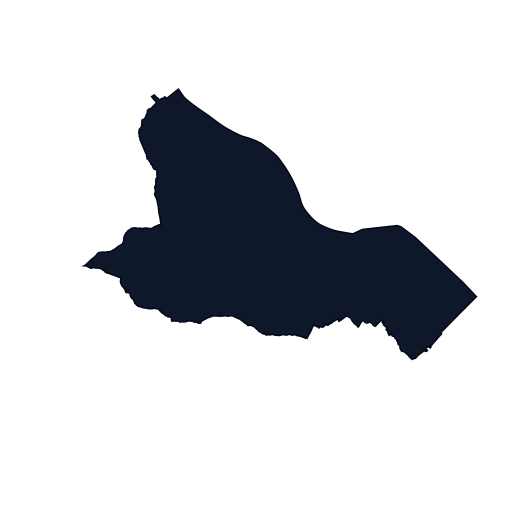 Ionesti, Vâlcea, Romania (Natural Earth projection), rotated 316°
{"feature_id": "2599482B28875111653577", "entity_name": "Ionesti", "entity_type": "district", "adm_level": 2, "iso_a3": "ROU", "parent_name": "Romania", "parent_adm1": "Vâlcea", "projection": "natural_earth1", "projection_center": [24.222, 44.864], "detail": "fine", "context": "isolated", "style": "filled", "palette": "ink", "viewbox_px": 512, "rotation_deg": 316, "n_neighbors": 0, "source": "geoboundaries", "source_scale": "gbopen_adm2", "svg_char_len": 6101}
<svg xmlns="http://www.w3.org/2000/svg" viewBox="0 0 512 512"><g transform="rotate(316 256 256)"><path d="M386.3,438.4L386.5,418.4L383.4,353.3L380.6,335.8L378.7,332.2L351.0,310.8L341.0,307.3L338.0,303.3L332.9,296.3L330.8,293.2L329.3,290.6L327.4,286.8L325.2,281.7L324.0,278.5L323.3,275.6L322.7,271.2L322.5,266.1L322.9,259.7L323.5,255.4L324.3,252.5L325.3,249.7L326.3,247.7L329.1,242.7L330.5,239.5L333.9,230.4L335.6,225.1L337.4,218.0L338.7,212.0L340.2,201.8L340.4,199.7L340.3,197.3L340.1,193.7L339.6,189.4L337.9,178.3L336.1,173.5L334.3,169.4L332.7,166.2L329.6,160.8L328.0,157.4L325.9,151.5L322.9,141.5L321.4,134.4L319.4,122.2L316.6,108.2L315.3,100.4L314.6,94.4L314.6,91.6L316.1,82.0L301.0,80.6L301.1,78.2L297.8,78.0L297.8,77.2L294.9,76.8L295.1,73.8L294.5,73.7L294.8,69.5L291.7,68.8L291.7,70.4L291.4,70.3L291.0,76.7L282.8,76.9L281.0,75.9L280.9,76.7L279.0,75.8L278.4,76.6L277.3,77.4L271.6,79.9L270.0,79.6L269.3,79.1L268.6,79.0L267.5,79.9L267.0,80.1L266.4,81.2L265.2,81.8L264.4,82.8L263.9,83.2L262.9,83.5L261.0,83.8L260.6,83.9L259.8,83.8L259.4,84.4L258.3,85.0L257.1,86.2L256.7,86.9L256.0,88.0L255.0,88.9L255.2,89.7L254.7,89.9L254.1,91.1L253.6,91.5L253.1,92.5L248.4,104.8L248.2,105.0L248.1,106.0L247.9,106.7L247.5,107.3L246.5,108.2L246.6,108.9L246.5,109.1L245.3,110.2L245.7,110.4L245.7,111.0L245.4,111.8L245.4,113.0L245.0,114.4L244.9,115.6L244.2,117.2L244.3,119.0L243.9,120.1L243.3,120.9L243.2,121.3L243.1,123.0L243.9,124.2L244.1,124.7L243.9,125.3L243.4,126.3L242.8,127.1L241.4,128.3L240.3,130.0L239.9,130.4L239.5,130.6L237.2,131.2L236.9,132.0L235.5,132.7L234.9,133.7L233.4,135.0L232.9,135.5L232.3,135.7L231.6,135.7L231.1,136.0L230.7,136.4L229.9,137.8L228.1,140.0L226.4,140.8L225.7,141.4L224.7,144.5L223.8,146.6L221.7,149.9L219.9,152.7L215.8,158.0L213.5,161.8L211.3,164.8L209.4,167.4L208.5,166.6L207.3,165.9L205.3,165.3L204.0,164.6L201.8,164.2L199.2,163.3L198.2,161.6L195.8,158.9L194.8,158.2L193.4,157.4L192.3,155.9L190.0,153.7L188.4,151.5L185.7,149.6L183.6,149.4L181.8,148.9L178.2,149.2L176.3,149.8L174.0,150.8L170.9,153.5L169.0,154.2L168.1,154.4L167.1,154.3L163.3,153.3L160.4,153.1L158.8,152.9L157.4,152.4L155.7,152.1L153.7,151.3L152.2,149.9L150.5,148.8L148.9,147.1L146.5,145.1L146.0,145.0L145.0,144.2L144.1,144.1L141.3,144.5L139.1,144.5L135.3,144.1L126.8,144.0L125.5,143.6L126.5,144.7L127.2,145.8L128.3,148.9L128.6,149.9L129.1,150.4L130.1,150.9L131.1,151.6L132.8,153.8L133.8,154.7L134.9,156.1L135.8,157.7L136.0,159.4L136.4,160.5L136.5,161.2L136.4,162.6L136.7,163.7L137.5,165.6L138.5,166.8L138.7,167.8L139.1,168.6L141.6,173.6L142.6,176.0L143.2,176.8L143.9,177.4L141.9,179.3L140.9,180.0L140.1,181.1L139.2,183.3L138.8,184.8L138.7,185.5L139.0,186.3L138.5,187.9L138.4,189.0L137.2,191.7L137.2,191.9L137.4,192.4L138.9,193.5L139.0,195.2L139.2,195.7L139.1,195.9L138.0,197.4L137.5,198.4L137.4,199.7L137.5,201.9L137.1,203.8L136.3,204.9L136.0,205.8L136.1,206.6L136.0,209.0L136.6,210.8L136.9,211.4L137.6,212.1L138.3,213.9L142.7,219.9L143.5,220.8L146.7,223.2L148.3,225.6L148.7,225.8L149.4,226.0L149.5,226.1L148.9,227.2L148.8,230.1L148.8,231.2L149.5,234.6L149.4,235.3L150.5,238.7L151.4,239.6L152.2,241.8L152.1,242.1L150.8,243.3L150.2,244.2L150.5,244.8L152.0,245.7L153.2,247.3L154.9,248.7L155.0,249.0L155.0,249.5L155.2,250.4L155.7,251.0L157.1,251.9L158.3,253.3L159.0,253.9L163.1,256.4L163.5,257.1L165.3,259.1L165.5,260.4L167.4,262.7L167.7,263.9L168.4,265.0L168.8,265.3L169.7,265.9L171.2,265.2L171.4,264.9L178.7,267.1L183.9,269.6L188.4,274.4L193.1,278.3L193.8,279.7L196.1,281.3L197.3,282.3L199.2,287.1L199.5,288.1L200.5,290.1L200.6,291.2L201.3,294.3L201.3,295.7L201.4,296.7L201.7,297.3L202.1,297.9L201.8,298.6L202.1,299.7L201.9,300.4L202.9,301.2L204.5,302.6L204.9,304.4L205.4,305.2L205.7,306.7L205.6,307.4L205.7,309.9L206.0,310.4L206.1,311.2L205.7,311.8L205.6,312.2L206.1,313.4L206.8,314.1L206.7,314.5L206.9,314.8L206.9,315.1L206.6,315.5L206.6,316.0L207.0,316.6L207.2,317.2L208.1,318.2L208.3,319.8L210.0,321.1L210.8,322.1L213.9,324.3L214.1,325.3L214.3,325.6L217.2,329.1L219.1,330.3L219.9,330.6L220.5,331.2L221.2,331.7L222.9,334.1L225.5,335.4L225.9,336.0L226.6,337.5L227.0,338.0L228.5,339.1L229.1,339.4L229.3,339.9L230.0,340.7L230.2,341.6L230.3,341.5L230.9,341.6L230.9,341.9L231.3,342.2L231.1,342.7L231.6,343.8L232.7,345.2L232.9,346.3L233.3,346.8L233.5,347.4L234.0,347.8L234.2,348.4L234.2,349.3L234.6,349.6L235.4,349.8L235.6,350.7L236.9,350.1L237.8,349.9L239.4,349.2L241.4,348.9L247.8,346.2L248.8,346.2L249.3,346.0L249.5,346.6L250.0,346.8L250.3,347.5L250.7,348.0L250.5,348.7L250.5,349.0L251.2,349.7L251.4,350.2L251.5,350.6L251.3,351.5L251.5,351.6L252.7,351.3L253.8,352.2L254.3,353.5L256.1,353.8L258.6,353.8L259.1,354.2L259.0,355.0L259.6,355.8L260.2,355.9L260.4,355.9L260.5,355.7L264.3,356.8L265.5,356.8L271.7,358.2L270.3,359.9L270.5,360.8L270.8,360.8L272.9,361.2L277.9,361.8L280.5,362.4L280.2,363.4L280.2,364.5L280.8,365.7L280.9,366.5L280.2,369.2L279.8,373.0L279.9,373.8L280.1,374.3L280.2,376.0L280.1,378.1L281.1,378.0L284.7,376.9L287.5,376.4L288.0,376.5L288.1,376.8L288.4,379.8L288.7,380.5L289.3,381.5L290.5,382.1L292.0,382.4L292.5,382.3L292.3,383.4L292.4,384.9L292.9,385.9L292.8,386.1L292.3,386.8L292.2,387.5L292.9,389.2L293.1,389.2L293.1,389.4L299.1,389.2L302.6,389.6L302.3,391.0L301.5,391.0L301.2,391.6L300.8,391.5L300.7,392.5L300.2,394.3L299.9,394.3L300.3,395.2L300.0,396.3L300.2,397.9L300.1,399.1L298.5,399.2L298.4,401.4L298.3,402.2L297.3,403.3L297.3,404.0L296.6,405.5L299.3,406.4L298.8,407.1L298.4,408.2L299.4,409.8L299.5,410.2L299.0,411.6L299.0,413.3L298.7,414.2L298.6,415.0L298.4,415.2L298.2,415.9L296.9,418.4L297.0,419.7L297.2,420.3L296.8,421.3L296.1,421.6L295.6,422.3L295.1,423.4L294.7,425.2L294.7,425.8L295.4,426.6L295.8,427.4L296.3,429.1L296.4,431.7L296.6,433.1L296.2,436.1L296.5,437.9L296.5,438.9L297.9,439.3L299.8,440.4L300.5,440.4L302.3,440.1L304.0,440.1L311.6,441.0L311.5,442.1L312.2,442.9L313.6,443.2L313.8,442.6L313.8,440.6L314.0,440.2L316.1,440.2L316.1,440.9L317.4,441.0L317.4,443.1L318.8,443.0L318.8,441.8L320.9,441.8L320.9,442.1L323.1,441.8L326.1,441.7L330.6,441.2L335.1,441.0L336.0,440.3L337.0,439.2L339.2,439.4L361.6,438.8L386.3,438.4Z" fill="#0f172a" stroke="#020617" stroke-width="1.5"/></g></svg>